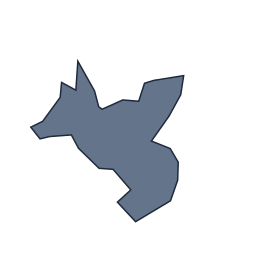 map outline of Saint John (Albers equal-area conic projection), rotated 142°
{"feature_id": "ATG-5098", "entity_name": "Saint John", "entity_type": "Parish", "adm_level": 1, "iso_a3": "ATG", "parent_name": "Antigua and Barbuda", "parent_adm1": "", "projection": "albers", "projection_center": [-61.826, 17.106], "detail": "fine", "context": "isolated", "style": "filled", "palette": "slate", "viewbox_px": 256, "rotation_deg": 142, "n_neighbors": 0, "source": "natural_earth", "source_scale": "10m", "svg_char_len": 530}
<svg xmlns="http://www.w3.org/2000/svg" viewBox="0 0 256 256"><g transform="rotate(142 128 128)"><path d="M87.4,153.1L78.3,149.6L51.9,135.0L65.9,121.8L88.4,112.1L117.6,103.3L107.4,85.8L109.5,70.1L121.0,56.3L139.3,44.5L179.7,49.5L182.0,76.1L163.9,77.5L165.2,104.6L175.6,114.0L179.5,142.5L176.9,157.4L195.0,169.5L204.0,173.6L204.1,188.5L191.1,185.8L162.6,193.9L152.3,204.8L145.8,189.9L126.4,211.5L131.6,177.7L138.0,162.8L136.8,158.7L114.8,153.3L103.1,142.5L87.4,153.1Z" fill="#64748b" stroke="#1e293b" stroke-width="1.5"/></g></svg>